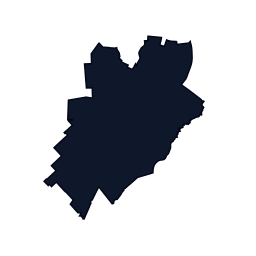 Assen, Drenthe, Netherlands (Albers equal-area conic projection), rotated 14°
{"feature_id": "6326949B46480048761127", "entity_name": "Assen", "entity_type": "district", "adm_level": 2, "iso_a3": "NLD", "parent_name": "Netherlands", "parent_adm1": "Drenthe", "projection": "albers", "projection_center": [6.575, 52.997], "detail": "fine", "context": "isolated", "style": "filled", "palette": "ink", "viewbox_px": 256, "rotation_deg": 14, "n_neighbors": 0, "source": "geoboundaries", "source_scale": "gbopen_adm2", "svg_char_len": 5475}
<svg xmlns="http://www.w3.org/2000/svg" viewBox="0 0 256 256"><g transform="rotate(14 128 128)"><path d="M63.5,115.4L67.5,134.3L72.6,133.2L71.5,133.8L70.7,133.9L70.4,134.4L68.5,135.5L73.4,138.7L68.4,146.4L68.2,146.3L67.2,147.9L68.2,148.6L68.7,147.8L71.2,149.4L63.7,160.8L61.0,165.0L70.4,171.2L62.8,183.1L68.6,186.8L61.6,197.6L61.2,197.3L59.5,200.0L61.8,201.5L61.9,201.4L64.6,203.2L65.6,201.7L68.0,203.3L71.5,197.8L80.8,203.9L80.9,204.0L81.0,203.9L82.4,204.9L82.6,204.7L83.5,205.3L92.3,211.0L90.5,215.9L99.8,222.3L99.9,222.2L102.8,221.9L102.6,224.3L102.5,224.6L102.3,225.0L104.8,224.6L104.8,225.5L106.0,225.4L106.2,227.0L107.4,226.9L107.8,224.2L108.6,219.6L109.5,214.0L109.4,214.0L110.2,209.9L109.3,209.5L110.1,206.4L110.6,206.5L110.7,206.1L110.9,205.2L112.5,197.9L113.9,192.1L131.0,205.4L132.2,204.6L132.1,204.1L132.1,203.5L132.1,201.6L132.2,201.3L132.3,201.2L134.2,199.8L134.3,199.8L134.6,199.9L134.8,199.7L135.5,198.2L135.7,197.7L135.8,197.2L136.0,196.9L136.2,196.5L136.4,196.3L136.4,196.1L136.4,195.7L136.6,195.5L136.9,194.7L137.1,194.4L137.1,194.2L137.5,193.0L137.5,192.8L137.4,192.6L137.6,192.3L138.0,191.2L138.3,190.8L138.8,189.7L139.0,189.5L138.9,189.2L138.9,188.8L138.8,188.3L138.9,187.9L139.2,187.6L139.3,187.2L139.7,186.9L140.0,187.0L141.7,184.3L143.9,181.4L149.2,173.6L162.8,165.6L162.8,165.4L163.0,165.3L162.6,163.5L162.4,162.5L162.3,161.5L162.2,160.4L162.3,159.1L162.4,157.9L162.6,157.1L163.0,156.0L163.6,154.9L164.5,153.5L165.0,152.9L165.8,152.1L166.9,151.4L169.6,150.4L170.3,149.9L170.9,149.3L171.3,148.7L171.6,147.9L171.8,147.3L171.9,145.8L172.1,145.3L172.4,144.7L172.9,143.9L173.4,142.9L173.5,142.3L173.6,140.9L173.7,140.3L173.8,139.8L173.9,139.2L174.1,137.2L174.0,136.6L173.9,136.0L173.5,134.7L173.3,134.0L173.3,133.3L173.3,132.7L173.4,132.0L173.7,130.9L173.8,130.8L174.1,130.9L174.6,130.2L175.1,129.7L174.8,129.2L174.8,128.7L174.9,128.4L175.5,128.3L175.8,128.0L175.8,127.8L175.5,127.8L175.4,127.7L175.5,127.4L175.6,127.1L176.1,126.9L176.1,126.4L176.3,125.9L176.4,125.0L176.6,124.9L177.1,125.1L177.8,125.2L178.0,125.1L177.9,124.8L177.7,124.6L177.4,124.5L177.2,124.4L176.8,124.5L176.6,124.4L176.7,123.8L176.9,123.9L177.0,123.9L177.1,123.5L177.2,123.2L177.6,122.8L177.8,122.4L177.7,122.2L177.0,121.8L176.9,121.6L176.8,121.4L177.2,121.3L177.6,121.5L177.7,121.4L177.8,121.2L177.7,121.0L177.3,120.7L177.1,120.5L177.0,120.0L177.2,119.9L177.5,120.1L177.8,120.0L177.9,119.7L178.0,119.2L178.7,118.5L179.0,118.7L179.3,118.6L178.8,118.0L178.7,117.7L178.4,117.5L178.7,117.3L178.6,117.1L178.0,116.4L177.6,116.3L177.1,116.3L176.9,116.1L177.0,116.0L177.1,115.9L177.5,115.7L177.7,115.9L177.8,116.0L178.6,116.2L178.8,116.0L179.2,115.7L179.4,115.4L179.4,114.7L180.0,114.5L180.5,114.5L180.9,114.2L181.0,114.1L180.7,113.9L180.4,113.9L180.3,113.7L180.5,113.0L180.8,113.1L180.7,112.4L180.8,112.2L181.1,112.1L181.6,111.8L181.5,111.7L181.4,111.6L181.2,111.2L181.8,110.8L182.3,110.5L182.6,110.3L183.2,110.1L183.3,109.9L183.2,109.5L183.3,109.4L183.5,109.5L183.5,109.8L183.8,109.9L184.1,109.4L184.3,109.2L184.4,109.3L184.4,109.5L184.6,110.0L184.7,109.9L185.0,109.6L185.4,109.7L185.6,109.7L185.5,109.4L185.8,109.0L185.8,108.9L186.7,108.3L186.8,108.2L186.7,107.9L186.8,107.6L186.7,107.4L186.6,107.1L186.3,106.7L186.1,106.4L186.3,106.2L186.6,106.4L186.7,106.0L187.0,105.7L186.6,105.4L186.5,105.5L186.4,105.7L185.9,105.8L185.9,105.7L186.0,105.2L186.7,105.1L186.9,104.8L187.0,104.5L187.0,104.4L187.4,104.3L187.9,103.8L188.4,103.7L189.0,103.0L190.0,102.4L190.4,102.1L190.5,102.0L190.5,101.8L190.5,101.6L190.3,101.2L190.8,100.8L191.1,100.7L191.5,100.8L191.8,100.9L192.0,100.9L192.6,100.4L193.8,100.0L193.9,99.8L193.8,99.2L194.2,99.0L194.4,98.8L194.4,98.7L194.2,98.3L194.2,98.0L194.4,97.6L194.7,97.4L194.8,97.3L195.4,97.4L195.9,97.7L196.1,97.6L196.2,97.4L196.2,97.2L195.9,96.4L195.7,96.4L195.4,96.5L195.0,96.5L194.7,96.2L194.7,95.7L195.4,95.3L195.7,94.6L195.8,94.2L195.4,93.8L195.3,93.7L195.8,93.2L196.1,92.7L195.9,92.3L195.8,92.0L196.0,91.5L196.0,91.0L196.5,90.0L196.5,89.9L195.7,89.1L195.0,88.8L194.5,88.4L194.0,88.2L193.8,87.7L194.1,87.1L194.2,86.8L194.3,85.9L194.5,85.2L194.8,84.7L195.2,84.2L195.2,83.8L194.6,83.7L194.4,83.6L194.2,83.5L193.7,83.8L193.8,84.0L193.7,84.1L193.5,84.3L193.3,84.3L192.9,84.0L192.1,82.7L186.0,80.1L177.7,76.5L169.2,73.1L171.8,67.3L172.2,66.4L172.3,65.8L172.5,65.0L173.8,53.4L173.9,51.6L173.9,49.5L173.8,48.0L173.6,46.7L173.4,45.3L173.1,44.0L171.2,37.4L170.3,34.8L169.4,32.7L169.3,32.8L168.5,31.1L167.4,29.0L166.7,30.6L166.6,30.8L155.5,35.0L155.3,35.0L155.1,34.9L154.3,32.6L154.2,32.5L154.0,32.4L148.3,33.5L147.2,33.4L145.9,33.5L144.2,33.2L143.6,39.7L143.5,40.1L143.3,40.2L142.8,40.0L139.8,39.8L139.8,40.2L139.7,40.2L139.3,39.9L138.9,39.6L138.8,39.1L138.7,37.7L138.7,36.5L138.8,36.3L138.8,36.1L138.7,32.6L138.6,32.1L125.2,34.1L126.0,38.5L123.0,39.4L124.1,42.6L124.1,43.1L123.6,44.3L123.2,44.9L121.6,47.0L121.3,48.1L120.4,51.7L120.5,52.6L120.5,52.9L122.8,57.2L122.8,57.4L122.8,57.7L121.9,61.6L121.8,62.2L121.7,62.3L121.6,62.2L121.5,62.5L121.2,65.4L119.8,65.1L119.9,64.5L119.9,64.0L119.8,63.9L119.0,67.4L118.0,70.1L112.4,69.2L112.9,67.1L112.9,66.9L109.3,66.3L105.4,65.4L105.7,64.4L105.7,64.2L104.0,63.1L102.2,62.4L102.8,60.7L101.7,58.3L101.2,57.3L101.1,57.2L98.2,54.3L97.6,52.9L96.8,53.4L96.7,53.4L96.7,53.5L96.4,53.6L90.0,54.8L90.0,54.6L84.8,55.5L84.6,55.6L84.4,55.9L79.5,52.7L79.2,52.8L74.4,64.9L77.1,74.4L70.3,76.4L71.8,80.6L74.7,89.5L78.0,99.2L83.0,97.9L83.6,97.7L86.4,107.6L79.9,108.2L63.5,115.4Z" fill="#0f172a" stroke="#020617" stroke-width="1.5"/></g></svg>